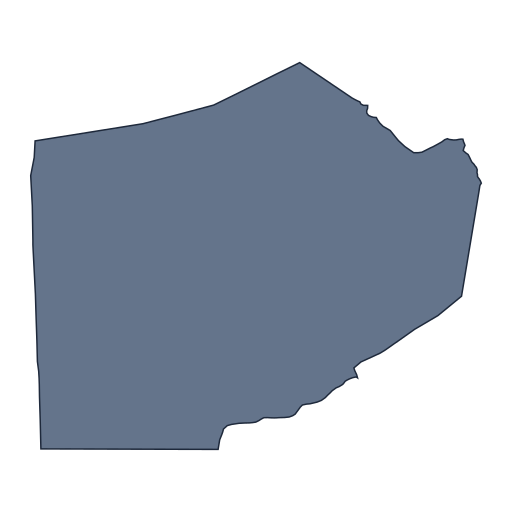 Suba South, Nyanza, Kenya
{"feature_id": "3690345B8693504737331", "entity_name": "Suba South", "entity_type": "district", "adm_level": 2, "iso_a3": "KEN", "parent_name": "Kenya", "parent_adm1": "Nyanza", "projection": "mercator", "projection_center": [34.175, -0.638], "detail": "fine", "context": "isolated", "style": "filled", "palette": "slate", "viewbox_px": 512, "rotation_deg": 0, "n_neighbors": 0, "source": "geoboundaries", "source_scale": "gbopen_adm2", "svg_char_len": 1969}
<svg xmlns="http://www.w3.org/2000/svg" viewBox="0 0 512 512"><path d="M461.5,296.3L478.9,191.9L479.9,185.4L481.3,183.2L480.4,180.9L479.2,178.9L478.3,177.8L477.5,176.5L477.5,174.6L477.0,172.7L477.2,169.7L476.3,167.3L474.9,165.7L474.1,164.4L473.3,163.5L472.3,162.6L471.6,161.6L470.8,160.0L469.6,157.4L468.1,154.5L465.8,152.9L464.7,151.9L463.2,150.6L464.0,147.7L465.0,145.4L464.4,143.7L463.6,141.9L463.2,140.4L462.9,139.2L461.2,139.1L458.8,139.4L456.4,139.9L453.7,140.0L451.3,139.7L449.1,139.4L447.4,138.7L444.7,139.7L441.8,141.9L437.7,144.2L433.1,146.7L430.4,147.9L425.9,150.2L421.9,152.2L418.1,152.7L413.7,152.7L404.9,146.6L398.4,140.6L395.1,136.6L390.2,130.5L383.0,126.3L379.8,123.1L377.6,120.0L376.3,117.5L373.5,117.3L371.1,116.6L368.5,115.4L366.8,113.1L366.7,110.8L367.6,108.3L367.7,105.4L363.3,105.3L360.9,104.0L359.8,101.8L357.8,101.0L355.0,99.6L351.9,97.9L299.7,62.6L277.5,73.5L254.0,85.2L226.1,99.0L213.6,105.1L174.9,115.4L160.2,119.2L143.0,123.7L35.1,140.9L34.2,157.5L30.7,175.6L32.3,205.9L32.9,240.2L32.9,244.7L33.1,249.3L35.4,294.1L36.1,317.5L36.9,340.9L37.4,361.5L38.7,371.4L39.1,378.5L39.3,384.5L39.5,396.9L40.2,419.4L40.9,448.9L218.1,449.4L219.7,439.8L221.7,434.8L222.2,433.4L222.7,432.0L223.5,429.0L227.3,425.6L231.6,424.4L239.0,423.3L244.8,423.0L249.3,422.9L252.6,422.6L255.8,422.1L258.7,420.7L261.2,419.1L263.8,417.7L267.5,417.6L270.6,417.8L274.2,417.9L277.0,417.8L278.2,417.7L280.4,417.6L284.5,417.5L289.2,417.0L292.7,415.7L295.2,414.1L296.8,411.9L297.7,410.7L298.3,409.9L300.3,407.1L302.4,405.0L306.5,404.1L310.0,403.8L313.8,402.9L317.1,402.1L321.4,400.4L325.3,397.6L327.7,395.1L330.0,393.0L332.2,390.7L336.2,387.8L339.1,386.6L342.1,384.8L343.0,384.1L343.6,383.4L345.2,381.2L347.4,379.9L349.9,378.7L352.6,377.7L355.3,377.1L356.3,377.0L357.5,377.8L356.7,374.8L354.7,370.5L353.9,367.9L361.0,361.9L380.2,353.1L385.1,350.1L394.3,343.6L397.7,341.3L414.6,329.3L437.9,315.6L460.8,296.8L461.5,296.3Z" fill="#64748b" stroke="#1e293b" stroke-width="1.5"/></svg>